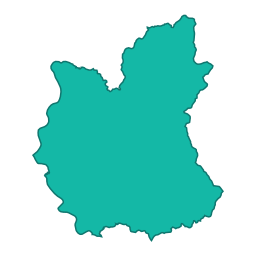 the district of Son Duong, Tuyên Quang, Vietnam
{"feature_id": "81297802B77321226192187", "entity_name": "Son Duong", "entity_type": "district", "adm_level": 2, "iso_a3": "VNM", "parent_name": "Vietnam", "parent_adm1": "Tuyên Quang", "projection": "albers", "projection_center": [105.397, 21.672], "detail": "fine", "context": "isolated", "style": "filled", "palette": "teal", "viewbox_px": 256, "rotation_deg": 0, "n_neighbors": 0, "source": "geoboundaries", "source_scale": "gbopen_adm2", "svg_char_len": 5748}
<svg xmlns="http://www.w3.org/2000/svg" viewBox="0 0 256 256"><path d="M212.3,67.9L212.9,65.9L210.7,64.0L208.6,63.1L207.0,61.8L206.4,62.2L204.0,62.6L201.2,63.8L199.5,64.1L197.6,64.2L196.0,63.4L194.1,61.5L193.7,60.2L193.4,58.3L194.9,54.7L195.3,52.0L196.1,50.3L196.2,49.6L195.6,48.0L194.6,47.0L194.6,44.8L193.2,42.3L193.9,40.7L194.5,33.9L194.4,32.5L193.9,30.4L193.7,27.3L194.4,25.7L195.7,24.3L195.8,23.8L194.4,21.0L194.4,19.7L193.9,18.9L192.4,18.3L188.4,18.2L187.6,17.3L186.3,16.8L185.9,15.6L185.1,15.4L183.9,15.4L182.0,16.5L181.2,18.1L179.8,20.0L178.7,20.9L176.0,22.6L175.4,23.7L174.1,24.7L173.9,26.1L173.2,27.5L171.4,27.3L171.2,27.1L171.3,25.8L171.1,25.4L169.5,24.7L168.4,23.5L168.0,23.4L167.4,23.4L166.0,24.0L164.5,24.1L164.1,25.0L162.9,25.1L161.3,25.9L159.7,26.1L157.8,25.8L156.2,26.4L154.8,26.2L154.2,27.0L153.6,27.2L152.8,26.6L152.2,26.6L150.2,27.6L149.2,27.9L147.3,27.2L147.4,28.3L148.3,29.5L148.4,30.1L146.6,31.8L145.4,34.9L143.1,38.2L142.6,38.6L141.5,39.0L139.7,38.2L138.8,38.2L137.2,39.4L136.2,40.5L135.8,42.0L134.8,43.1L134.1,46.5L133.8,47.2L132.9,48.2L131.9,48.6L131.1,48.6L128.7,47.8L126.5,48.4L125.3,49.3L124.6,50.6L123.8,53.1L122.6,54.2L122.4,58.0L123.1,59.7L123.2,61.3L123.0,62.7L121.3,65.0L121.3,65.4L121.9,66.0L122.0,66.5L122.0,67.4L121.2,69.5L121.4,70.0L122.6,71.5L124.0,74.9L125.1,76.1L125.3,77.2L124.6,78.8L123.8,79.8L123.4,81.0L122.7,82.3L121.5,83.3L119.8,85.5L119.2,87.5L120.3,88.5L120.4,89.4L119.9,89.9L118.7,89.6L118.0,88.8L116.2,88.2L114.1,89.3L112.9,89.1L111.6,90.8L110.1,91.6L109.7,91.4L108.7,90.2L107.6,90.2L106.9,88.9L107.7,87.8L107.8,86.8L106.1,85.9L105.4,84.9L105.2,84.1L105.4,83.2L106.8,82.2L106.7,81.1L106.1,80.5L105.5,80.5L105.2,80.2L103.6,80.5L103.2,80.4L102.1,77.5L101.0,76.6L100.5,74.4L99.5,73.8L97.6,73.6L97.4,73.4L97.4,72.0L96.9,70.3L94.1,70.1L93.3,68.7L91.0,70.0L89.2,70.1L85.7,69.0L84.3,67.8L82.6,67.2L82.2,67.5L81.4,67.3L81.4,67.8L80.0,68.9L79.6,68.1L78.7,68.5L78.2,67.9L76.6,67.6L75.9,67.7L76.2,66.7L73.3,65.2L72.7,64.1L71.4,63.8L69.3,62.6L65.8,61.5L63.3,61.6L61.8,62.7L61.2,62.9L60.4,62.7L58.9,61.7L55.6,61.5L53.8,62.3L52.8,63.2L51.3,65.6L51.0,66.5L51.1,68.5L52.0,70.2L53.6,72.0L54.2,73.3L55.5,77.6L57.9,81.8L60.2,86.8L60.8,88.9L61.0,91.9L60.4,96.6L59.6,99.2L58.7,101.2L58.1,102.0L56.7,102.9L53.2,103.8L51.1,105.1L49.2,107.2L47.5,110.1L46.7,113.4L47.0,114.7L48.1,116.7L48.6,118.1L48.8,121.1L48.6,122.2L47.9,123.7L46.7,125.3L44.6,126.7L40.2,128.3L38.4,130.0L38.1,132.7L38.3,135.6L40.9,143.0L41.1,144.3L40.9,145.7L39.8,148.0L37.4,151.5L33.0,155.2L34.3,157.2L35.4,159.6L37.1,162.4L37.8,163.2L38.6,163.5L41.4,163.6L45.5,164.5L46.3,165.0L48.0,167.2L48.2,168.9L49.2,171.6L49.4,172.8L49.1,173.2L49.0,172.9L48.8,173.1L48.6,172.8L48.8,172.4L48.3,172.1L47.8,172.4L47.9,172.8L47.4,172.6L47.3,172.9L47.7,173.2L46.8,173.6L47.2,174.2L46.8,174.5L46.6,174.1L46.2,174.3L45.9,173.9L45.1,174.5L45.2,174.9L44.7,175.7L46.0,177.0L46.8,178.4L46.9,181.5L47.5,184.5L50.2,188.5L54.5,193.5L57.6,196.2L61.1,198.4L62.5,199.7L63.2,201.0L63.3,202.6L62.7,203.4L58.5,207.7L58.1,208.3L58.3,209.2L59.3,210.7L60.8,211.7L63.4,212.1L66.9,212.2L68.8,212.8L74.7,215.9L75.6,216.8L76.3,217.9L76.6,219.7L76.3,221.1L75.2,223.9L75.1,225.3L76.1,230.1L76.6,231.2L78.1,233.1L79.9,234.2L80.9,234.3L82.3,234.1L86.6,231.6L88.7,230.7L89.4,230.8L90.2,231.2L91.7,232.5L92.2,233.4L92.2,234.5L92.8,234.4L94.9,235.0L97.1,236.2L99.5,236.2L101.6,236.7L101.0,235.2L99.7,234.4L99.4,233.5L99.9,232.8L100.1,231.4L102.0,230.2L103.8,228.7L103.2,228.3L103.8,227.2L104.7,227.1L105.3,226.6L106.3,226.5L109.1,227.5L109.8,227.4L110.6,226.9L112.1,227.0L113.1,226.8L114.7,226.3L115.8,224.5L116.4,224.1L116.2,223.8L116.8,224.0L117.1,224.5L117.9,224.2L117.9,223.9L118.3,223.3L118.7,223.5L119.4,223.2L120.1,223.2L122.9,224.3L124.0,224.5L126.1,224.3L127.1,225.6L129.4,226.4L130.0,227.5L130.2,229.6L130.8,231.3L131.6,231.7L135.6,232.4L136.9,231.0L138.6,230.2L140.2,230.6L141.2,231.4L142.8,231.2L144.0,230.7L144.6,230.8L145.3,231.3L145.6,232.2L146.2,233.0L148.4,233.7L149.1,236.8L150.7,239.7L151.5,240.6L153.3,237.3L154.4,236.0L155.7,235.1L158.0,234.7L161.6,232.7L163.2,232.7L164.1,233.3L165.5,232.6L170.7,232.1L171.1,231.6L171.5,230.2L171.2,229.2L170.9,228.9L172.6,227.1L174.5,227.8L175.7,228.6L177.0,227.9L178.8,227.6L181.0,226.2L181.2,225.7L181.0,224.9L181.5,223.7L181.8,223.6L182.8,224.0L183.2,224.7L184.7,225.8L185.1,226.6L186.2,226.5L187.4,226.8L188.5,227.5L189.9,227.7L191.2,226.9L192.0,225.9L191.9,224.7L192.9,223.4L193.6,221.6L193.7,220.8L194.3,220.7L195.4,221.6L195.8,222.7L196.7,222.7L197.6,222.1L198.2,220.7L198.8,220.6L200.5,221.0L200.5,220.0L201.2,218.8L202.6,218.2L203.3,217.7L203.3,217.1L204.5,216.3L204.7,215.5L206.5,216.3L208.9,216.9L210.5,216.3L211.3,214.7L211.6,212.7L212.5,210.1L213.9,208.9L214.2,208.1L214.5,206.4L215.2,204.9L215.2,202.9L215.8,201.3L218.2,198.5L220.1,197.1L221.1,195.0L221.3,193.2L223.0,191.3L220.1,187.4L219.1,186.5L213.5,185.7L211.7,181.2L209.8,179.1L208.7,176.4L206.9,174.5L206.3,173.1L205.6,172.3L203.7,171.4L203.5,170.2L200.8,166.4L200.2,165.9L197.7,165.2L195.4,162.5L196.1,160.8L196.3,158.9L197.6,155.8L197.5,153.7L196.9,152.3L196.4,151.7L196.2,149.6L195.4,148.9L193.4,147.9L192.1,146.9L191.6,146.2L191.3,144.3L190.6,143.3L190.6,141.8L190.4,141.2L188.9,138.1L188.5,136.8L187.6,135.8L187.7,133.5L186.9,131.4L186.6,128.0L186.5,127.7L185.0,126.5L186.4,123.5L188.8,122.8L189.6,122.3L190.2,118.1L190.1,116.6L189.6,115.8L187.5,114.0L184.2,112.7L183.9,111.6L184.3,111.2L186.2,110.0L188.0,108.2L190.2,108.1L191.4,107.6L191.6,107.3L192.3,104.8L195.2,100.9L195.3,98.8L197.0,98.0L197.0,94.7L198.7,93.0L199.9,90.5L201.0,90.0L202.6,89.8L204.6,88.4L207.0,86.1L207.4,84.6L207.2,83.9L204.8,81.9L204.2,81.1L202.8,77.2L203.8,76.5L204.7,75.2L205.7,74.5L208.1,73.9L208.8,72.5L210.5,69.9L212.3,67.9Z" fill="#14b8a6" stroke="#0f766e" stroke-width="1.5"/></svg>